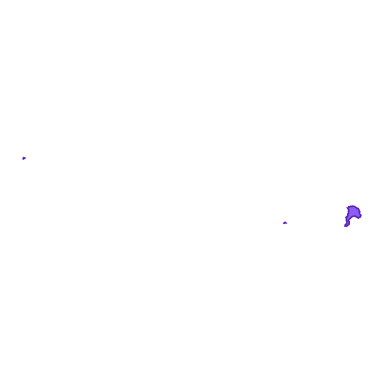 map outline of Valparaíso (Mercator projection)
{"feature_id": "CHL-2699", "entity_name": "Valparaíso", "entity_type": "Region", "adm_level": 1, "iso_a3": "CHL", "parent_name": "Chile", "parent_adm1": "", "projection": "mercator", "projection_center": [-76.99, -30.119], "detail": "fine", "context": "isolated", "style": "filled", "palette": "violet", "viewbox_px": 384, "rotation_deg": 0, "n_neighbors": 0, "source": "natural_earth", "source_scale": "10m", "svg_char_len": 2837}
<svg xmlns="http://www.w3.org/2000/svg" viewBox="0 0 384 384"><path d="M358.8,209.4L358.9,209.6L358.9,210.4L359.0,210.7L359.3,210.9L359.5,211.0L359.6,211.4L359.6,211.6L359.6,211.8L359.8,212.0L359.7,212.1L359.4,212.2L359.4,212.4L359.4,212.7L359.6,213.8L359.8,214.1L360.2,214.6L360.5,214.9L360.6,215.0L360.8,215.1L361.0,215.2L361.0,215.3L360.8,215.6L360.8,215.8L360.7,216.2L360.6,216.3L360.2,216.5L360.0,216.8L360.1,217.0L359.7,217.0L358.9,217.7L358.4,218.2L358.2,218.2L358.0,217.8L357.6,217.5L357.5,217.3L356.9,217.2L355.7,216.2L355.4,216.4L355.2,216.6L355.0,216.4L354.6,216.0L354.1,216.0L353.5,216.2L353.3,216.2L353.1,216.3L352.9,216.4L352.7,216.5L351.9,216.9L351.8,217.0L348.6,219.9L348.4,220.4L348.5,220.9L349.3,221.7L349.3,222.3L349.3,222.9L349.3,223.1L349.3,223.3L349.1,223.5L348.9,223.6L348.8,223.9L348.8,224.1L349.0,224.4L349.0,224.6L348.9,224.7L348.7,224.8L348.3,224.8L348.1,224.9L347.9,225.0L347.5,225.6L347.4,225.7L347.3,225.8L346.2,226.4L345.9,226.2L345.7,226.1L345.4,226.0L345.2,226.0L344.9,226.0L345.0,225.8L345.2,224.9L345.4,224.5L345.5,224.4L345.8,224.2L346.0,224.2L346.4,223.9L346.5,223.8L346.6,223.6L346.8,223.1L346.8,222.9L346.9,222.7L346.9,222.4L346.9,222.2L347.0,222.0L346.9,221.5L346.4,220.9L346.3,220.4L346.4,220.2L346.5,220.2L346.6,219.8L346.6,219.5L346.5,219.3L346.4,219.2L346.3,218.9L346.2,218.1L346.0,217.6L345.9,217.5L346.0,217.3L346.5,217.3L346.6,217.2L346.6,216.9L346.8,216.7L347.0,216.6L347.3,216.6L347.5,216.5L347.5,216.4L347.7,216.1L347.7,215.9L347.6,215.7L347.9,215.5L347.9,215.4L348.0,215.1L347.9,214.9L347.8,214.7L347.7,214.4L347.7,214.2L347.8,214.1L348.0,214.1L348.2,213.8L348.1,213.6L348.4,213.4L348.5,213.2L348.6,212.8L348.5,212.3L348.5,212.1L348.3,211.7L348.5,211.3L348.6,211.2L348.7,210.6L348.7,210.4L348.8,210.3L348.9,210.2L348.6,209.7L348.4,209.7L348.3,209.1L348.1,208.8L348.0,208.7L347.9,208.6L347.8,208.3L347.7,208.2L347.8,208.2L348.5,207.0L348.6,206.7L348.8,206.7L349.0,206.9L349.5,207.1L350.5,206.5L350.6,206.3L350.8,206.2L351.2,206.2L352.0,206.6L352.4,206.5L352.5,206.1L352.9,206.1L353.8,206.4L354.0,206.4L354.4,206.4L354.6,206.5L354.8,206.6L355.0,206.8L355.4,207.2L355.8,207.4L356.4,207.6L356.6,207.7L356.7,207.8L356.9,208.2L357.0,208.3L357.3,208.5L357.7,208.5L358.1,208.4L358.2,208.5L358.1,208.8L358.2,209.1L358.3,209.2L358.5,209.2L358.7,209.3L358.8,209.4ZM24.9,157.9L25.0,158.0L24.8,158.3L24.6,158.3L24.4,158.4L24.3,158.5L24.2,158.5L23.9,158.6L23.7,158.7L23.4,158.8L23.2,159.0L23.1,158.9L23.1,158.7L23.3,158.0L23.4,157.8L23.5,157.7L23.8,157.6L24.3,157.9L24.5,158.0L24.8,157.9L24.9,157.9ZM285.7,222.7L285.8,222.7L286.0,223.0L285.9,223.0L285.7,223.0L285.2,222.9L284.9,222.9L284.6,223.1L284.4,223.1L284.2,223.2L284.1,223.3L283.9,223.2L284.2,222.9L284.4,222.7L284.6,222.6L284.8,222.4L285.0,222.3L285.3,222.5L285.5,222.7L285.7,222.7Z" fill="#8b5cf6" stroke="#5b21b6" stroke-width="1.5"/></svg>